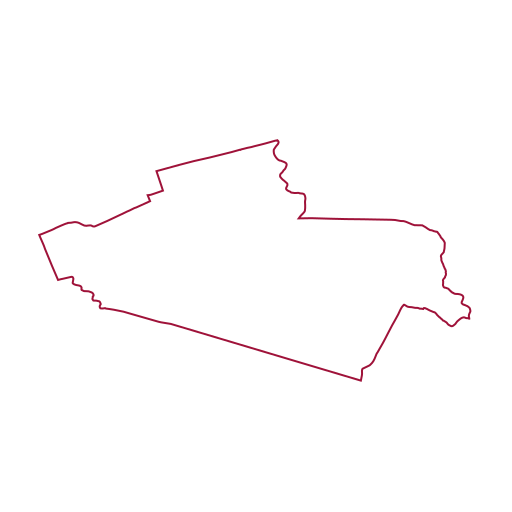 outline of Frasinet, Teleorman, Romania, rotated 4°
{"feature_id": "2599482B88018046154860", "entity_name": "Frasinet", "entity_type": "district", "adm_level": 2, "iso_a3": "ROU", "parent_name": "Romania", "parent_adm1": "Teleorman", "projection": "natural_earth1", "projection_center": [25.422, 44.188], "detail": "fine", "context": "isolated", "style": "outline", "palette": "rose", "viewbox_px": 512, "rotation_deg": 4, "n_neighbors": 0, "source": "geoboundaries", "source_scale": "gbopen_adm2", "svg_char_len": 5997}
<svg xmlns="http://www.w3.org/2000/svg" viewBox="0 0 512 512"><g transform="rotate(4 256 256)"><path d="M369.3,373.0L369.9,368.3L370.0,367.1L370.0,365.9L369.7,363.1L369.8,362.0L370.0,361.4L370.1,361.2L370.4,360.9L374.8,358.4L376.2,357.6L377.0,357.1L377.6,356.5L378.1,355.9L379.2,354.6L380.4,352.7L380.9,351.5L381.4,350.4L382.0,348.6L383.1,345.2L383.4,344.6L384.0,343.6L386.1,339.2L388.8,333.6L390.8,329.1L393.6,322.6L396.7,315.5L398.9,310.9L401.9,304.4L403.7,299.7L404.8,297.3L405.6,296.0L405.9,295.7L406.8,294.4L407.0,294.3L407.3,294.3L409.0,295.1L410.5,295.9L410.9,296.0L412.4,296.2L414.9,296.2L418.2,296.6L419.0,296.6L420.7,296.5L421.4,296.6L422.0,296.7L422.6,297.0L423.0,297.1L424.2,297.0L426.5,297.2L426.9,296.5L427.0,296.3L427.3,296.2L427.6,296.2L428.2,296.2L430.5,297.0L431.3,297.4L433.1,298.2L435.2,298.9L436.9,299.5L438.1,299.7L438.9,300.2L439.5,300.8L440.0,301.2L440.7,302.1L441.4,302.7L442.2,303.4L443.4,304.4L444.0,304.6L444.6,305.3L445.9,306.2L446.4,306.6L446.9,307.2L447.2,307.4L447.9,307.5L450.3,308.8L450.9,309.2L451.5,309.9L452.6,311.0L453.1,311.3L455.4,312.3L455.8,312.4L456.4,312.3L456.9,312.2L457.4,311.9L458.0,311.4L459.6,309.9L460.3,308.7L461.3,307.2L462.8,305.7L464.1,304.5L465.1,303.7L466.2,303.1L467.5,302.7L468.0,302.7L468.4,302.8L468.8,302.9L469.7,303.2L470.5,303.3L471.2,303.3L472.5,303.0L472.8,303.6L473.1,303.6L473.1,303.1L472.8,302.5L472.6,301.4L472.5,300.6L472.6,299.7L472.7,299.1L473.1,298.1L473.3,297.4L473.6,296.8L473.7,296.4L473.6,295.3L473.5,294.9L473.2,294.2L473.1,293.7L472.9,293.3L472.7,293.0L472.5,292.8L471.5,292.0L470.4,291.3L469.9,291.1L469.4,291.0L468.3,290.5L467.2,290.3L466.7,290.0L466.2,290.0L465.8,289.8L465.1,289.3L464.8,289.0L464.5,288.7L464.4,288.3L464.4,287.6L465.2,285.4L465.6,283.9L465.7,283.2L465.7,282.6L465.5,282.1L465.3,281.7L465.0,281.3L464.5,280.9L463.7,280.5L463.2,280.3L462.0,280.0L461.1,279.9L459.7,279.8L458.2,279.9L457.0,279.8L456.4,279.7L455.4,279.0L454.7,279.0L454.5,278.9L454.1,278.6L453.5,278.0L453.3,277.8L452.8,277.8L452.6,277.6L451.9,276.8L451.4,276.5L450.9,275.9L450.0,275.2L449.3,275.0L448.3,274.7L447.7,274.5L447.2,274.4L446.3,274.4L445.9,274.2L445.4,273.8L444.8,272.7L444.6,272.2L444.5,271.7L444.6,270.1L444.5,269.4L444.5,268.3L444.2,267.4L444.2,267.2L444.3,266.7L444.7,265.9L445.0,265.4L445.8,264.5L446.0,264.2L446.1,263.2L446.6,262.2L446.7,261.9L446.8,260.6L446.7,260.2L446.4,259.3L446.4,259.0L446.5,258.1L446.4,257.8L446.2,257.2L445.8,256.1L445.2,255.5L445.1,255.2L444.7,254.3L443.9,252.9L443.1,250.9L442.4,249.8L441.5,248.0L441.2,247.3L441.1,246.5L441.1,245.8L440.9,244.8L440.5,243.7L440.5,243.3L440.5,242.7L440.6,242.4L441.4,241.2L442.0,240.5L442.6,239.7L443.1,238.9L443.1,238.1L443.3,237.1L443.5,235.4L443.5,234.0L443.4,229.8L443.2,229.3L442.5,228.1L441.7,227.1L440.9,226.2L439.3,224.7L438.9,224.2L438.7,223.6L436.9,221.3L436.1,220.5L435.6,219.8L435.1,219.3L434.6,219.1L434.2,219.2L433.8,219.2L433.0,219.0L431.6,218.8L430.6,218.4L429.4,218.1L427.7,218.0L425.5,216.9L423.2,215.5L419.7,213.8L412.0,214.2L409.6,213.6L404.1,211.7L402.8,211.3L400.8,210.9L397.9,211.0L392.4,210.4L390.3,210.4L386.9,210.5L360.0,211.9L343.1,212.9L328.1,213.6L308.7,214.4L296.0,215.5L297.4,213.3L298.4,212.0L299.9,210.3L301.1,208.7L301.4,208.1L301.6,207.5L301.7,204.8L301.5,201.8L301.2,199.4L301.1,197.8L301.2,196.8L301.3,195.5L301.2,194.6L300.8,193.0L300.5,192.3L300.0,191.5L299.6,191.0L299.1,190.8L298.6,190.6L298.1,190.5L295.1,190.4L294.4,190.1L293.4,190.1L292.0,190.3L289.9,190.5L289.0,190.4L287.2,190.3L286.7,190.2L286.4,190.1L285.7,189.5L285.1,189.3L284.2,189.0L282.8,188.4L281.7,187.5L281.4,187.1L281.3,186.3L281.4,185.8L282.2,183.8L282.4,183.1L282.4,182.8L282.2,181.8L282.1,181.5L281.6,181.1L278.5,178.7L277.5,178.1L276.0,176.8L275.4,176.1L274.8,175.5L274.6,175.2L274.5,174.9L274.4,173.7L274.5,173.1L274.8,172.4L275.3,171.8L276.1,171.0L276.8,170.0L277.5,168.7L278.9,167.1L279.4,166.0L280.1,163.8L280.2,162.6L280.0,162.0L279.6,161.4L279.2,161.1L278.7,160.8L277.6,160.3L274.1,159.2L272.9,159.1L271.7,158.6L270.5,157.7L269.1,156.3L268.0,154.8L267.4,153.9L266.8,152.6L266.4,150.7L266.4,150.0L266.3,149.1L266.4,148.6L266.7,148.0L268.3,145.2L270.0,142.9L270.3,142.3L270.5,141.5L270.6,141.0L270.4,140.3L270.1,139.8L269.7,139.4L269.1,139.0L268.4,139.4L268.5,139.5L267.7,139.5L267.2,139.6L257.7,143.0L252.3,144.8L247.0,146.5L243.6,147.7L239.9,148.7L236.0,150.0L233.7,150.7L233.5,150.9L233.2,151.2L232.6,151.1L224.2,154.1L212.8,157.8L202.9,161.0L187.3,165.7L173.3,170.4L155.1,176.8L150.8,178.3L156.6,192.3L158.6,197.3L150.1,200.9L146.7,202.3L143.7,202.9L146.5,208.7L133.2,215.9L131.3,216.7L126.9,219.3L124.0,220.8L121.8,222.1L120.5,222.8L120.3,223.0L118.4,224.0L105.2,231.4L93.8,237.4L93.1,237.7L92.3,237.9L91.5,237.8L90.8,237.7L89.9,237.2L89.4,237.1L88.6,237.0L86.0,237.4L84.7,237.7L82.6,237.6L80.0,236.6L77.2,235.4L75.7,235.0L75.0,234.9L73.4,234.8L72.3,234.9L69.2,235.7L66.1,236.1L65.8,236.4L64.6,236.8L63.0,237.5L59.6,239.2L54.3,242.0L52.4,243.2L50.2,244.4L41.3,248.8L38.3,250.1L39.6,252.7L42.8,258.8L43.8,260.8L45.1,263.8L46.4,266.4L53.2,280.1L60.2,293.7L63.1,292.7L64.6,292.3L72.8,289.8L73.3,289.7L73.7,289.6L74.1,289.7L74.4,289.8L74.6,289.9L75.2,290.8L75.4,291.4L75.4,291.9L75.0,295.6L75.1,295.9L75.2,296.1L76.7,297.0L78.7,297.5L80.7,297.7L82.0,297.9L82.8,298.2L83.5,298.6L84.0,299.3L84.2,299.8L84.2,301.3L84.3,301.8L84.5,302.1L85.5,302.4L86.0,302.7L86.5,302.9L87.2,303.0L91.1,302.9L91.8,303.0L94.6,303.8L95.1,304.1L95.7,304.5L96.3,305.3L96.6,305.8L96.7,306.5L96.7,306.9L96.1,307.6L96.0,307.8L96.1,308.1L95.8,310.1L95.8,310.3L96.1,310.8L96.6,311.4L96.8,311.7L97.2,311.8L98.5,311.7L100.0,311.7L102.5,312.1L102.9,312.2L103.1,312.4L103.5,312.8L103.7,313.1L104.1,313.9L104.4,314.6L104.4,314.9L104.4,315.1L103.9,315.9L103.6,316.9L103.6,317.3L103.7,317.8L103.9,318.3L104.2,318.7L104.4,319.0L104.8,319.1L106.3,319.1L108.1,318.8L108.7,318.6L109.3,318.6L109.7,318.8L109.9,318.9L113.3,319.1L117.8,319.5L127.8,320.8L134.2,322.2L163.4,328.4L166.0,328.8L175.8,329.7L299.5,357.4L369.3,373.0Z" fill="none" stroke="#9f1239" stroke-width="2"/></g></svg>